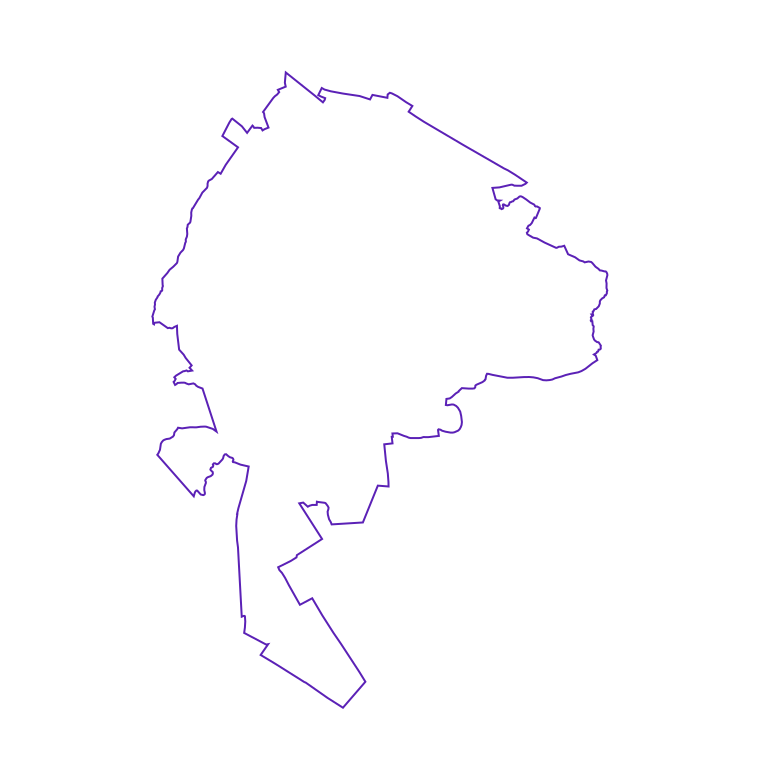 outline of Bals, Olt, Romania, rotated 85°
{"feature_id": "2599482B96753080238477", "entity_name": "Bals", "entity_type": "district", "adm_level": 2, "iso_a3": "ROU", "parent_name": "Romania", "parent_adm1": "Olt", "projection": "orthographic", "projection_center": [24.107, 44.36], "detail": "fine", "context": "isolated", "style": "outline", "palette": "violet", "viewbox_px": 768, "rotation_deg": 85, "n_neighbors": 0, "source": "geoboundaries", "source_scale": "gbopen_adm2", "svg_char_len": 6139}
<svg xmlns="http://www.w3.org/2000/svg" viewBox="0 0 768 768"><g transform="rotate(85 384 384)"><path d="M192.4,559.6L193.5,560.2L196.4,561.1L199.7,561.3L205.4,562.7L206.3,563.1L208.2,565.6L210.8,566.2L211.8,566.8L217.4,566.9L220.0,567.5L222.7,568.9L225.0,569.0L226.1,569.7L231.4,571.5L232.9,572.4L235.4,575.3L239.1,578.0L244.3,579.2L245.5,579.8L248.8,583.7L251.5,587.6L254.6,590.2L259.7,595.6L266.2,595.9L267.1,595.7L269.0,596.6L271.4,596.8L271.9,597.2L272.2,598.4L273.3,598.7L275.4,600.1L277.1,601.9L277.9,602.1L280.2,604.0L282.9,605.2L284.8,605.2L287.1,605.9L289.6,605.7L290.8,606.5L296.7,608.9L297.7,608.5L303.9,608.7L304.5,607.9L303.4,607.6L303.0,607.0L302.9,602.3L309.5,594.5L309.3,592.9L310.0,591.2L310.0,589.7L308.9,587.9L308.0,585.2L316.1,585.6L331.9,585.1L337.3,581.0L340.8,579.3L348.7,574.0L350.9,576.3L353.9,574.0L354.3,578.3L353.3,579.5L353.8,581.7L353.8,582.9L357.5,590.4L359.0,592.3L360.8,591.1L362.9,592.5L363.6,593.4L366.7,592.2L366.0,590.7L365.0,589.6L365.0,586.2L365.2,583.1L365.6,581.8L366.2,581.0L367.3,578.6L366.8,573.8L367.9,572.1L369.3,571.2L370.7,569.4L372.7,565.2L416.8,555.0L413.8,558.5L411.1,564.7L410.8,566.1L410.6,570.3L410.8,574.6L410.2,581.2L410.6,589.0L409.6,593.0L411.0,593.9L414.0,597.0L416.7,597.7L418.0,598.8L419.7,602.2L419.9,605.6L420.5,607.8L421.1,609.0L422.6,610.5L424.1,611.5L430.0,612.9L433.5,614.9L434.8,616.0L479.3,583.3L475.9,582.0L474.7,581.3L473.8,580.2L473.8,579.6L474.1,579.2L478.1,576.2L478.9,573.9L478.9,573.4L478.3,572.3L477.1,571.9L474.0,572.3L470.9,571.9L467.1,570.1L466.0,570.0L464.7,570.5L464.0,570.3L462.1,568.8L461.5,567.7L460.7,564.7L459.4,562.8L458.4,562.3L456.8,562.3L454.8,564.1L454.1,564.4L452.5,563.7L451.6,561.7L450.5,561.2L449.2,561.5L448.2,560.4L448.4,558.9L449.2,558.0L449.3,557.0L448.9,555.8L445.1,551.6L444.0,550.8L441.7,550.0L440.3,548.8L440.2,547.4L442.3,545.4L443.5,543.9L444.4,541.6L445.1,540.9L446.4,540.6L447.9,541.4L448.6,541.2L449.1,539.3L451.8,534.0L454.4,526.0L468.6,529.7L495.1,539.9L500.7,541.7L500.8,541.4L506.1,542.7L512.5,543.6L527.2,544.0L534.0,543.7L603.4,546.0L602.8,544.1L602.9,543.1L603.3,542.8L608.5,542.9L614.5,543.8L619.8,545.0L632.9,524.7L633.3,523.9L633.1,522.1L643.2,530.5L653.6,516.2L674.1,489.2L674.5,488.2L691.8,467.6L702.9,453.1L679.0,428.5L668.8,433.6L639.3,449.4L627.4,456.1L609.0,465.7L591.2,474.2L596.6,487.0L576.1,496.3L568.6,499.4L563.3,502.1L560.3,504.4L557.3,505.4L552.2,492.4L549.1,486.3L546.9,485.7L533.0,459.2L495.5,478.8L495.1,474.8L499.6,470.6L498.8,468.9L498.2,466.0L498.6,461.6L495.4,461.1L495.8,459.8L497.2,453.4L497.6,452.6L500.4,450.8L502.3,450.0L503.8,450.3L506.2,451.3L509.3,451.3L513.9,450.5L517.1,449.0L519.3,448.4L520.1,417.1L484.7,399.0L486.5,388.4L482.1,388.1L473.5,388.0L460.8,388.8L444.1,389.0L443.9,380.7L437.3,380.9L437.3,379.8L434.0,379.9L434.3,374.8L437.4,368.7L438.5,366.0L439.6,364.1L440.2,362.2L440.9,354.3L440.9,351.8L440.3,349.4L440.8,344.8L440.5,333.9L434.5,334.2L433.9,333.6L434.5,331.6L435.6,330.2L436.9,326.8L438.2,322.0L438.4,319.6L438.2,318.0L436.9,314.2L435.6,312.6L433.7,311.3L431.6,310.3L428.7,309.7L422.5,309.9L418.1,310.5L414.1,312.4L412.2,314.0L410.6,316.4L410.3,318.1L410.7,322.6L410.3,324.2L404.3,323.1L404.1,319.8L402.9,317.6L399.7,313.4L398.1,310.3L397.6,310.2L394.9,306.8L395.9,300.4L396.3,296.0L396.2,294.3L395.2,293.4L393.5,293.1L392.8,292.0L390.7,285.8L389.2,283.3L388.6,283.2L388.2,282.5L384.8,281.6L382.8,280.5L383.0,279.1L384.4,275.0L388.5,260.6L389.0,254.8L389.3,243.9L389.7,238.7L390.4,234.6L391.6,230.4L394.0,225.2L394.5,221.9L394.5,218.5L394.2,215.9L393.2,213.2L392.0,206.5L390.9,202.2L390.1,197.2L389.3,189.5L388.3,186.1L386.4,182.0L381.5,174.5L378.8,169.4L374.3,170.6L372.9,172.3L371.6,169.6L370.5,168.9L370.3,167.9L368.5,167.2L368.5,166.1L368.1,165.3L367.3,164.9L365.9,165.0L364.8,164.6L361.4,166.4L361.1,166.7L360.8,168.1L359.0,170.2L357.8,170.9L354.7,171.7L353.6,171.9L350.0,170.6L347.2,170.6L345.2,170.1L344.6,170.2L343.5,171.0L339.5,171.0L339.3,171.3L339.5,172.2L338.9,172.5L338.4,172.4L337.9,171.6L335.6,172.1L334.8,171.3L334.6,170.4L334.0,169.9L333.7,170.0L333.4,170.8L332.9,171.1L333.0,169.7L331.5,170.0L330.9,169.6L330.0,169.7L329.5,168.8L328.0,168.0L327.7,166.1L325.3,163.3L322.7,162.0L320.7,161.8L319.6,161.3L317.8,159.3L316.8,157.2L315.1,156.4L314.8,156.0L315.1,155.5L315.0,155.3L313.1,154.1L311.2,153.9L310.5,153.4L307.8,154.0L303.1,153.5L300.2,153.8L295.1,152.0L293.8,152.0L292.2,152.5L291.2,153.3L291.0,154.7L290.0,157.3L289.6,159.1L288.0,160.3L285.6,163.1L281.5,166.0L280.5,167.0L279.8,169.6L280.3,173.5L279.3,174.7L277.9,178.5L274.4,182.6L270.8,189.3L262.0,192.4L262.6,195.3L262.5,197.8L263.4,200.0L263.3,200.8L257.1,211.7L252.3,218.9L251.2,222.7L247.4,228.1L245.8,228.5L244.6,227.2L242.8,226.2L241.4,228.0L238.9,226.3L238.3,224.6L236.6,222.8L231.3,219.6L232.0,218.5L231.9,218.2L222.9,213.5L222.2,213.5L220.5,216.0L220.4,217.4L220.0,218.0L218.4,218.7L216.0,222.5L212.6,226.2L209.8,229.7L209.1,231.0L208.9,232.0L209.2,232.9L210.8,235.0L211.6,237.9L213.2,239.4L213.3,240.4L213.9,241.7L213.9,242.6L214.9,243.4L216.3,243.8L217.4,245.3L217.0,246.9L215.5,249.0L215.6,249.8L216.4,250.1L217.7,249.7L219.0,249.8L219.7,250.4L220.0,251.6L219.2,252.1L219.3,252.8L218.9,253.4L217.0,253.1L212.2,254.2L211.4,252.5L211.0,255.2L209.7,256.7L198.1,258.9L198.2,251.9L196.5,239.9L196.7,238.7L197.8,236.8L198.5,229.7L196.9,225.6L195.8,224.2L186.8,235.4L181.9,242.0L179.7,245.7L152.3,284.9L126.3,321.3L120.2,329.2L114.9,335.7L109.5,331.5L105.2,337.4L98.5,345.5L95.2,350.8L94.4,352.8L95.9,355.1L99.2,355.7L95.0,370.3L99.3,373.1L95.0,383.2L91.1,399.5L87.8,411.4L85.5,417.6L83.7,420.2L90.5,424.3L92.1,421.8L94.1,417.7L95.8,418.3L98.1,420.3L90.4,428.1L65.1,454.7L75.2,456.5L79.2,456.0L81.7,464.1L84.1,463.0L86.3,465.2L87.8,467.6L89.4,469.4L102.5,480.8L103.8,479.9L107.7,479.7L118.5,476.7L119.7,480.7L120.8,482.9L118.3,484.1L117.7,487.5L117.5,491.0L115.8,491.9L115.1,492.5L121.9,498.5L114.9,503.1L106.4,512.0L106.8,512.8L110.1,515.3L122.9,523.4L135.5,508.8L151.9,522.6L160.3,528.4L158.4,531.0L164.8,537.7L166.0,540.5L166.8,541.5L169.0,542.3L171.3,542.5L173.1,543.2L177.5,548.3L182.8,551.8L184.1,553.1L192.3,559.1L192.4,559.6Z" fill="none" stroke="#5b21b6" stroke-width="2"/></g></svg>